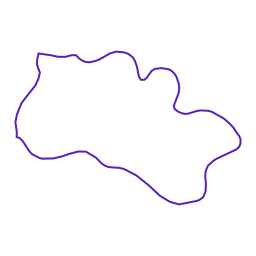 Yangdok, P'yŏngan-namdo, North Korea (orthographic projection)
{"feature_id": "82179303B23606982482595", "entity_name": "Yangdok", "entity_type": "district", "adm_level": 2, "iso_a3": "PRK", "parent_name": "North Korea", "parent_adm1": "P'yŏngan-namdo", "projection": "orthographic", "projection_center": [126.837, 39.187], "detail": "fine", "context": "isolated", "style": "outline", "palette": "violet", "viewbox_px": 256, "rotation_deg": 0, "n_neighbors": 0, "source": "geoboundaries", "source_scale": "gbopen_adm2", "svg_char_len": 1311}
<svg xmlns="http://www.w3.org/2000/svg" viewBox="0 0 256 256"><path d="M222.1,117.5L211.6,111.7L208.3,110.8L200.8,110.4L197.2,110.9L188.0,113.7L184.4,113.9L181.2,113.0L177.6,111.4L174.4,108.7L173.9,105.6L178.5,93.4L179.1,89.9L179.2,85.8L178.4,82.5L176.4,76.7L174.2,73.4L171.4,70.7L168.7,69.3L161.5,68.1L154.8,68.9L151.4,71.1L147.0,77.5L144.3,79.8L141.0,79.8L138.9,76.5L136.9,66.5L134.8,60.7L132.8,57.4L129.8,54.9L127.2,53.4L124.1,52.4L116.3,51.6L110.0,53.4L99.8,59.2L95.9,60.8L89.7,62.3L85.8,62.0L82.6,60.8L79.5,58.8L75.9,55.2L71.6,55.2L65.6,56.8L58.1,56.8L50.6,55.2L38.6,53.5L37.1,59.9L37.0,64.7L39.9,72.7L38.3,79.1L35.3,85.5L27.7,95.1L21.6,103.0L17.0,114.2L15.4,122.2L16.8,131.8L16.7,137.1L19.4,137.9L22.8,141.2L29.2,151.1L31.8,153.9L38.8,157.7L42.0,158.7L53.6,158.4L63.0,156.1L68.8,154.0L78.4,151.5L86.0,151.7L96.2,157.8L101.5,163.4L104.8,165.6L107.8,166.8L111.5,167.4L119.2,167.8L122.9,168.7L125.9,169.9L136.4,175.5L148.7,185.3L160.0,195.8L169.3,201.5L172.5,202.6L179.1,204.4L196.0,201.1L199.0,200.1L202.2,197.9L203.1,197.3L205.6,191.3L205.9,183.7L205.2,176.3L205.5,172.5L206.4,169.2L208.1,165.5L213.9,160.4L217.5,158.3L236.2,149.5L239.2,146.8L240.4,143.8L240.6,139.7L239.6,136.7L238.9,135.6L237.5,133.8L233.1,127.3L230.4,124.4L224.7,119.2L222.1,117.5Z" fill="none" stroke="#5b21b6" stroke-width="2"/></svg>